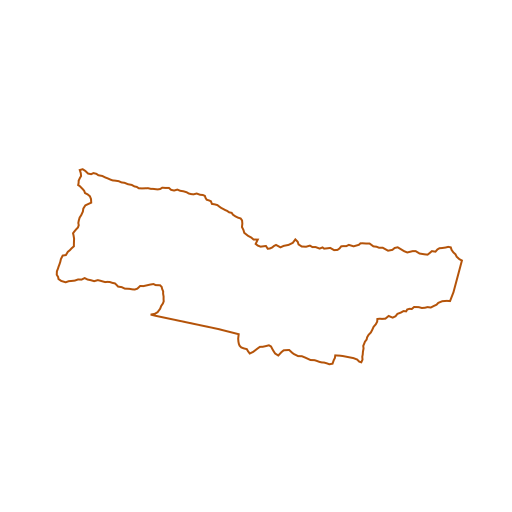 outline of Valparaíso, São Paulo, Brazil, rotated 74°
{"feature_id": "56859067B36318680316705", "entity_name": "Valparaíso", "entity_type": "district", "adm_level": 2, "iso_a3": "BRA", "parent_name": "Brazil", "parent_adm1": "São Paulo", "projection": "natural_earth1", "projection_center": [-50.937, -21.188], "detail": "fine", "context": "isolated", "style": "outline", "palette": "amber", "viewbox_px": 512, "rotation_deg": 74, "n_neighbors": 0, "source": "geoboundaries", "source_scale": "gbopen_adm2", "svg_char_len": 4124}
<svg xmlns="http://www.w3.org/2000/svg" viewBox="0 0 512 512"><g transform="rotate(74 256 256)"><path d="M223.7,452.2L226.3,450.1L228.8,446.2L228.6,442.9L229.1,440.4L229.7,437.0L229.5,433.5L230.6,430.2L230.0,426.8L232.2,424.4L233.7,421.5L235.6,418.5L235.6,414.7L236.9,412.4L238.1,410.5L239.5,408.2L239.9,406.0L240.7,403.7L242.3,401.4L243.4,399.2L245.2,398.1L247.4,397.0L248.9,393.7L251.2,391.1L252.6,386.9L254.0,384.0L254.8,381.8L254.7,379.1L252.9,375.6L253.9,372.6L254.1,369.4L254.3,365.6L254.7,362.3L256.3,360.5L257.7,356.3L259.7,355.2L261.9,355.3L264.4,355.0L266.7,355.7L269.5,356.0L272.2,356.8L274.1,357.2L276.0,358.6L277.9,360.9L280.3,362.7L282.9,366.1L283.7,369.2L283.3,373.4L285.8,369.0L315.7,312.6L326.4,294.2L330.5,295.9L333.4,296.5L335.7,296.7L337.7,296.5L339.8,295.4L341.5,293.1L343.0,290.5L345.1,290.0L348.0,288.9L347.4,285.2L346.5,282.9L345.5,280.4L344.4,277.3L345.1,274.7L345.3,271.8L345.4,268.2L347.1,266.5L350.1,265.9L352.4,265.3L355.0,264.5L357.8,262.0L355.4,258.0L354.3,255.4L354.8,253.0L355.5,250.0L359.0,247.9L360.7,246.6L362.4,244.7L363.8,243.2L365.0,239.5L367.3,236.6L371.0,232.3L372.3,228.4L373.5,226.6L375.2,224.3L376.4,222.2L377.2,219.9L378.7,217.5L380.3,215.3L380.6,212.1L377.6,210.0L375.8,208.3L373.4,207.2L374.9,202.9L376.1,200.1L381.0,190.5L383.4,187.3L386.0,185.9L387.2,184.1L385.0,182.2L382.1,181.6L380.2,180.6L377.5,179.6L374.5,178.1L372.0,177.7L370.0,176.1L368.4,174.9L366.8,172.7L364.8,171.6L362.8,169.5L361.2,166.7L358.9,164.5L356.5,162.5L354.6,159.6L352.5,157.6L350.0,156.7L350.4,154.3L351.2,152.2L351.9,148.9L350.2,145.0L351.6,143.3L352.9,141.6L352.4,138.5L350.6,136.0L350.3,132.3L349.6,129.4L350.6,126.9L349.1,125.4L349.1,122.9L349.9,120.9L348.6,118.1L350.0,113.7L351.7,110.9L352.3,107.9L352.4,105.2L353.7,102.2L353.0,98.6L352.6,95.9L351.3,93.7L350.8,89.4L351.7,85.0L352.8,81.9L345.3,76.2L317.1,59.3L315.1,61.4L312.0,63.3L309.3,63.8L306.9,65.3L304.1,66.3L301.4,66.4L300.2,68.7L300.1,71.5L299.6,75.1L299.1,77.5L299.7,79.8L301.3,82.3L299.8,85.6L301.1,88.4L302.0,90.7L300.9,93.4L298.7,98.1L295.3,101.2L294.5,104.1L294.3,109.6L292.2,112.3L289.9,114.4L286.7,117.4L286.5,120.5L287.7,123.2L287.3,127.6L283.0,131.9L282.0,135.4L280.3,137.6L279.1,140.5L275.3,143.4L274.3,146.9L273.2,149.9L272.6,152.1L273.6,154.0L273.6,159.5L270.9,163.7L271.4,166.4L270.6,169.2L270.2,171.4L271.8,173.7L272.6,176.0L271.9,179.3L268.7,182.4L268.2,185.7L267.7,188.5L266.1,189.7L266.4,192.8L263.8,196.3L263.0,199.3L260.9,201.3L260.9,205.3L259.5,209.4L256.6,211.9L253.8,212.0L250.9,213.6L253.5,217.0L254.3,221.6L253.9,226.6L254.4,230.1L250.9,233.7L251.3,235.9L252.3,238.2L252.6,240.5L252.3,242.7L249.1,243.7L248.3,249.0L246.5,251.4L244.3,253.0L240.7,249.8L239.5,253.8L236.9,255.5L234.4,258.1L230.5,260.9L227.5,260.9L224.3,261.5L221.1,260.2L218.0,259.6L215.7,260.4L214.2,262.7L212.1,265.0L209.9,266.8L207.8,267.5L206.6,269.8L204.7,271.3L203.3,273.0L201.8,274.5L200.2,276.2L198.6,277.5L196.4,279.1L194.9,281.6L193.8,284.0L190.9,284.3L189.6,285.9L188.3,287.9L186.2,288.5L184.1,288.6L182.7,290.3L181.7,292.9L179.6,295.8L179.5,299.1L178.6,301.3L177.4,303.4L175.6,305.1L173.8,307.9L172.4,310.9L170.5,313.3L170.5,316.7L169.0,319.4L166.6,320.9L165.5,324.6L164.5,327.3L165.2,329.6L164.9,332.1L164.1,334.1L163.2,336.2L162.5,338.5L161.1,341.0L160.4,343.7L159.7,346.7L158.6,350.0L156.7,351.6L155.6,353.7L153.4,355.9L151.7,359.3L149.4,362.2L148.2,365.0L146.2,367.4L144.7,370.7L143.8,373.0L142.5,374.8L140.4,377.3L139.0,379.2L136.7,381.7L134.9,385.3L133.0,386.8L131.5,389.4L131.9,391.9L130.5,394.7L127.2,396.6L124.8,398.7L124.8,401.7L128.0,401.6L130.9,402.1L132.5,403.8L134.7,405.7L136.9,406.4L138.8,407.4L140.3,406.1L144.2,404.0L146.0,403.2L148.4,403.0L150.3,400.9L152.8,399.2L155.8,398.9L159.3,399.7L159.8,403.0L160.3,406.1L162.8,408.9L165.6,410.2L168.6,412.8L170.4,414.9L173.1,416.6L175.3,417.7L177.5,417.9L179.5,419.3L180.9,421.7L182.4,423.9L183.7,425.6L185.8,425.7L189.2,426.1L193.8,427.6L196.5,428.4L197.8,431.2L199.1,433.3L200.1,435.7L202.7,438.5L202.3,441.7L205.2,444.4L207.6,445.7L209.8,447.2L211.8,448.7L213.5,449.8L215.8,451.6L219.1,452.7L221.6,452.0L223.7,452.2Z" fill="none" stroke="#b45309" stroke-width="2"/></g></svg>